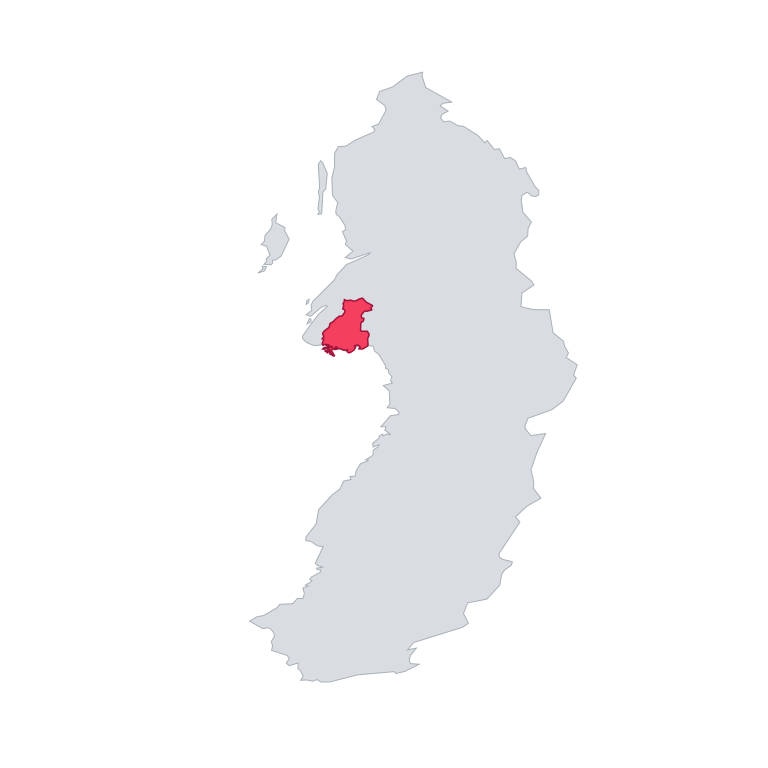 Sweden, with Uppsala highlighted, rotated 155°
{"feature_id": "SWE-195", "entity_name": "Uppsala", "entity_type": "County", "adm_level": 1, "iso_a3": "SWE", "parent_name": "Sweden", "parent_adm1": "", "projection": "equal_earth", "projection_center": [17.867, 60.017], "detail": "fine", "context": "in_parent", "style": "filled", "palette": "rose", "viewbox_px": 768, "rotation_deg": 155, "n_neighbors": 0, "source": "natural_earth", "source_scale": "10m", "svg_char_len": 6947}
<svg xmlns="http://www.w3.org/2000/svg" viewBox="0 0 768 768"><g transform="rotate(155 384 384)"><path d="M170.5,491.9L173.1,497.3L179.2,496.6L181.9,492.7L185.5,481.2L182.0,468.5L187.6,464.2L191.4,457.2L199.8,455.2L211.2,447.1L212.6,438.9L215.4,432.9L206.8,414.9L206.3,410.4L220.6,408.1L227.2,396.2L217.7,388.6L202.9,381.4L209.1,359.0L203.3,346.9L204.4,341.9L203.7,334.2L207.6,331.0L200.8,319.7L208.4,312.0L207.3,308.0L228.9,292.7L242.8,289.8L268.1,292.1L274.3,286.1L274.7,282.8L272.6,275.2L258.5,270.8L274.5,257.2L287.0,244.2L289.7,231.6L292.7,226.3L290.1,214.2L306.4,212.8L321.1,207.9L319.2,201.4L351.6,181.6L352.6,178.1L350.3,174.7L342.8,168.7L345.0,166.0L353.5,164.4L357.7,161.8L364.2,152.7L381.7,145.6L400.7,150.3L409.0,142.4L408.6,131.5L415.5,130.3L466.5,137.2L475.0,133.1L466.3,131.0L474.9,126.7L477.3,124.0L478.2,120.9L477.8,119.2L470.7,115.2L486.7,114.7L495.5,116.6L496.3,119.0L531.2,131.7L558.9,136.8L566.9,140.5L569.8,144.5L574.2,144.8L579.4,148.6L584.8,150.7L580.6,153.4L580.9,159.5L582.3,162.3L579.8,167.5L588.9,168.8L590.5,172.1L585.8,175.3L586.5,179.0L598.5,190.1L595.6,193.7L595.0,198.3L589.8,201.7L589.1,205.3L590.2,209.8L592.0,212.0L597.2,213.5L606.1,225.9L597.4,226.7L590.8,225.0L575.4,226.5L571.6,228.4L559.6,223.5L552.9,226.3L548.3,223.8L544.7,227.8L543.8,233.4L538.3,232.9L540.4,235.0L532.9,235.7L532.4,236.6L534.0,238.0L531.7,239.7L521.4,240.3L520.0,242.1L523.1,244.3L523.0,245.6L516.4,243.6L521.0,247.6L522.0,250.6L507.9,262.3L512.7,265.5L516.8,272.2L521.1,275.2L519.3,278.3L504.6,285.9L496.4,297.7L477.8,305.5L468.1,307.5L461.7,313.1L454.3,311.4L454.0,314.6L449.3,312.6L445.4,317.6L438.6,321.8L431.2,321.1L430.4,321.8L432.7,323.0L424.1,324.1L421.6,328.6L415.3,329.8L414.2,331.2L420.6,331.5L419.3,335.1L412.0,336.9L409.4,339.2L406.2,339.2L406.8,337.4L402.0,337.5L400.4,335.4L399.5,336.0L402.8,341.9L400.3,344.3L404.9,346.6L391.6,352.5L383.5,350.2L382.4,352.0L384.2,357.1L391.1,361.1L386.9,363.7L382.2,375.6L385.3,382.9L376.1,381.3L376.7,384.0L373.8,387.3L374.9,392.0L374.0,395.1L376.1,397.9L374.8,399.2L376.1,412.5L378.7,418.1L377.7,422.7L381.5,425.1L389.6,425.7L391.9,429.5L402.2,427.2L409.4,434.7L423.2,441.1L422.4,445.2L431.2,448.3L436.4,454.0L438.4,458.7L437.8,461.7L424.1,469.6L413.5,475.0L402.5,478.3L403.1,479.6L408.5,480.1L421.7,476.3L425.5,479.7L418.4,481.2L416.9,485.9L413.9,488.8L384.6,499.5L380.7,502.8L367.6,508.1L344.2,507.7L340.6,508.9L360.9,511.1L365.6,515.0L356.0,517.5L360.1,527.0L357.6,529.2L357.3,539.7L353.8,539.9L352.3,544.3L353.9,554.9L355.6,557.8L354.8,560.9L349.2,568.1L351.0,576.7L344.3,592.5L337.1,601.7L331.3,614.0L325.1,618.4L317.9,615.7L307.0,617.2L287.2,616.7L284.7,618.0L286.1,622.5L279.0,621.8L266.3,631.4L265.7,636.1L270.5,645.1L264.2,651.0L250.8,649.6L233.0,653.3L217.2,650.3L219.3,647.2L221.0,635.2L203.6,611.0L212.1,613.5L215.6,612.2L210.6,604.3L217.9,603.8L220.3,601.0L219.1,596.5L213.2,594.5L208.3,587.4L203.0,583.8L193.9,569.7L190.8,560.1L187.5,561.0L185.0,550.0L180.0,548.4L179.4,537.3L173.9,536.1L170.6,531.1L170.5,521.6L164.0,520.3L165.1,515.8L163.7,499.1L161.9,493.9L163.8,490.1L167.3,489.8L170.5,491.9ZM442.3,543.3L439.3,544.3L437.6,547.3L432.9,548.9L432.2,558.6L436.4,562.3L432.0,563.9L429.0,569.0L421.0,572.5L417.8,575.8L416.1,580.6L409.2,583.2L414.1,576.0L407.6,567.8L409.3,564.8L408.8,555.4L423.0,543.5L429.6,542.1L432.6,543.4L433.9,540.5L436.0,539.8L442.3,543.3ZM350.6,611.0L347.1,613.1L346.0,610.1L346.5,598.7L354.6,585.1L358.1,584.0L367.9,565.8L368.9,564.6L372.2,565.7L369.8,567.4L369.9,570.6L363.7,580.3L362.0,586.7L359.8,588.2L350.6,611.0ZM445.1,539.5L444.5,542.2L440.9,540.0L444.3,537.0L451.3,537.8L445.1,539.5ZM428.3,471.0L423.8,475.0L422.9,473.3L423.9,471.3L428.3,471.0ZM418.5,492.2L416.1,492.5L417.8,489.7L420.9,489.0L418.5,492.2Z" fill="#d9dde1" stroke="#a8b0b8" stroke-width="1"/><path d="M382.1,425.8L382.7,425.5L383.4,425.3L388.0,424.8L389.0,424.9L389.6,425.2L390.1,425.6L391.4,426.1L391.9,426.5L391.5,426.8L390.2,427.3L390.0,427.5L390.1,428.1L390.6,429.0L390.7,429.4L391.1,430.3L392.3,430.8L394.7,431.0L394.7,430.7L394.2,429.5L395.5,428.3L397.3,427.4L400.9,426.8L401.9,426.9L402.9,427.3L403.6,428.7L403.5,429.2L403.3,429.7L403.0,430.0L402.6,430.1L402.6,430.4L403.5,430.5L404.4,430.8L406.0,431.8L407.2,432.4L407.3,432.6L407.5,433.3L407.6,433.5L408.7,434.5L410.0,435.1L412.9,435.8L412.3,436.0L411.4,436.5L410.9,436.9L410.9,437.2L411.4,437.5L411.7,437.8L411.9,438.0L412.5,437.7L413.4,437.1L414.1,436.9L414.7,436.8L415.1,436.9L416.2,437.2L418.6,437.1L419.3,437.4L419.3,437.6L419.3,437.9L419.3,438.3L419.3,438.6L419.5,438.7L420.3,439.2L420.3,439.4L419.8,439.5L419.4,439.5L419.0,439.5L418.6,439.7L423.5,440.8L424.8,441.7L423.4,442.1L417.7,440.8L416.6,440.0L414.8,438.3L415.3,439.7L416.6,440.9L418.2,441.8L419.4,442.8L418.8,442.8L418.3,442.6L417.4,441.9L417.7,443.0L418.4,443.5L420.1,444.3L420.9,444.9L421.4,445.1L422.0,445.1L422.4,445.0L422.7,444.8L422.9,444.4L422.9,445.6L422.9,446.2L423.1,446.5L421.4,448.3L420.3,449.2L419.9,449.8L419.8,450.2L420.1,450.5L420.4,450.7L420.7,450.8L420.9,451.0L421.0,451.1L420.8,451.3L419.5,451.8L419.0,452.0L418.7,452.4L418.5,453.0L418.5,454.8L418.2,455.7L417.4,456.5L415.8,457.2L413.4,457.9L411.1,458.2L410.0,458.7L409.1,459.3L408.2,460.7L407.6,461.4L406.9,461.8L404.1,461.9L399.2,463.7L397.1,464.1L396.1,464.4L395.7,464.3L394.5,463.8L393.8,463.7L392.6,463.6L392.3,463.6L392.0,463.8L391.6,464.3L390.9,464.8L390.3,465.1L389.6,465.3L389.3,465.3L389.1,465.5L389.0,466.1L388.6,466.6L388.4,467.3L388.5,467.9L388.7,468.3L388.9,468.6L389.5,469.1L389.6,469.4L389.4,469.8L387.7,471.7L387.5,472.1L387.4,472.4L387.3,472.9L387.3,473.5L387.2,474.0L387.0,474.3L385.6,475.1L385.3,475.3L384.9,476.3L384.2,477.2L383.3,476.0L382.5,475.4L381.3,474.8L379.1,474.2L378.1,473.5L377.4,472.8L377.3,472.5L377.2,472.4L375.7,471.7L374.6,471.4L373.9,471.3L371.2,471.5L367.5,471.1L367.2,470.4L366.8,469.8L365.8,466.5L365.2,465.3L361.6,460.5L361.3,459.9L361.4,459.6L363.1,458.9L363.6,458.5L363.8,457.9L363.7,457.0L363.7,456.6L363.8,456.4L364.1,456.3L364.6,456.4L367.0,456.9L369.0,457.2L369.2,457.3L369.7,457.9L370.1,458.1L370.5,458.2L371.2,458.2L371.8,457.9L373.3,457.1L375.1,456.3L375.6,455.8L375.9,455.1L376.1,454.1L376.2,453.4L376.1,452.9L375.8,452.7L375.2,452.5L374.8,452.3L374.5,451.9L374.6,451.7L375.1,451.1L376.2,449.8L376.5,449.6L376.9,449.5L377.8,449.6L378.3,449.5L378.9,449.1L379.6,448.3L382.3,443.2L382.6,442.3L382.4,441.6L381.8,441.2L376.8,438.8L376.5,435.7L376.7,434.9L377.5,433.9L378.1,433.4L378.7,433.1L379.9,431.5L382.1,425.8ZM422.9,438.0L423.1,438.1L423.3,438.2L423.5,438.3L423.5,438.8L423.2,438.9L421.7,438.3L419.7,436.9L417.7,436.3L417.3,435.4L417.1,434.3L417.3,432.3L417.2,431.8L416.8,430.9L416.9,430.6L417.3,430.5L417.9,430.7L418.0,430.9L418.4,431.3L418.6,431.5L418.5,431.9L418.5,432.1L418.6,432.4L419.0,432.7L419.9,433.3L420.2,433.8L419.7,433.7L418.9,433.3L418.3,433.2L418.7,433.8L420.3,435.8L420.6,436.4L421.0,436.8L421.4,436.8L422.2,436.3L422.3,436.9L422.4,437.3L422.9,438.0Z" fill="#f43f5e" stroke="#9f1239" stroke-width="1.5"/></g></svg>